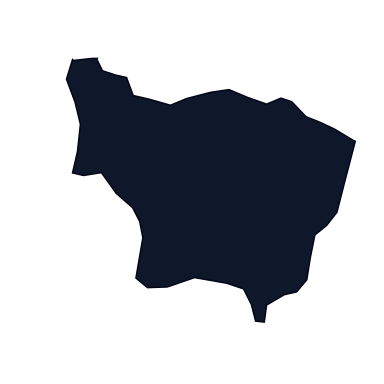 Degerfors, Orebro, Sweden, rotated 103°
{"feature_id": "70781695B62731669961325", "entity_name": "Degerfors", "entity_type": "district", "adm_level": 2, "iso_a3": "SWE", "parent_name": "Sweden", "parent_adm1": "Orebro", "projection": "natural_earth1", "projection_center": [14.445, 59.163], "detail": "fine", "context": "isolated", "style": "filled", "palette": "ink", "viewbox_px": 384, "rotation_deg": 103, "n_neighbors": 0, "source": "geoboundaries", "source_scale": "gbopen_adm2", "svg_char_len": 786}
<svg xmlns="http://www.w3.org/2000/svg" viewBox="0 0 384 384"><g transform="rotate(103 192 192)"><path d="M83.1,314.5L84.5,320.0L90.5,337.1L89.8,338.2L110.3,339.7L130.7,326.2L151.1,316.0L178.2,312.7L200.3,312.7L200.3,301.4L193.5,284.6L210.4,265.5L220.6,246.4L232.5,236.3L247.7,229.6L288.4,227.3L289.3,225.6L295.2,213.9L290.1,194.8L274.8,170.2L273.1,137.8L274.8,120.0L288.3,108.8L303.5,101.0L302.5,92.3L285.4,93.9L271.3,79.0L265.8,67.6L251.7,60.4L230.1,61.9L206.2,62.6L194.3,53.3L179.1,46.2L147.7,45.5L105.8,44.3L105.6,46.1L98.7,67.1L95.3,82.8L93.0,97.8L81.6,115.1L80.5,126.4L89.6,139.1L87.3,159.4L83.9,179.0L90.7,196.3L102.1,218.2L112.3,232.5L111.2,255.1L111.2,271.0L95.2,281.5L95.2,293.6L94.0,306.5L83.8,314.8L83.1,314.5Z" fill="#0f172a" stroke="#020617" stroke-width="1.5"/></g></svg>